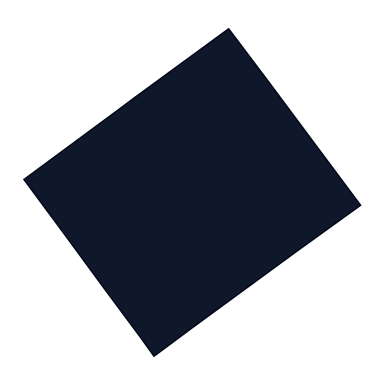 the district of Grant, Indiana, United States of America, rotated 324°
{"feature_id": "52423323B51012446173370", "entity_name": "Grant", "entity_type": "district", "adm_level": 2, "iso_a3": "USA", "parent_name": "United States of America", "parent_adm1": "Indiana", "projection": "equal_earth", "projection_center": [-85.659, 40.516], "detail": "fine", "context": "isolated", "style": "filled", "palette": "ink", "viewbox_px": 384, "rotation_deg": 324, "n_neighbors": 0, "source": "geoboundaries", "source_scale": "gbopen_adm2", "svg_char_len": 329}
<svg xmlns="http://www.w3.org/2000/svg" viewBox="0 0 384 384"><g transform="rotate(324 192 192)"><path d="M317.6,81.5L201.6,81.9L179.1,82.2L63.4,83.1L64.0,152.2L64.3,221.8L64.9,279.5L64.7,302.5L111.3,302.0L238.4,301.5L320.6,301.8L319.6,221.4L318.8,151.1L317.6,81.5Z" fill="#0f172a" stroke="#020617" stroke-width="1.5"/></g></svg>